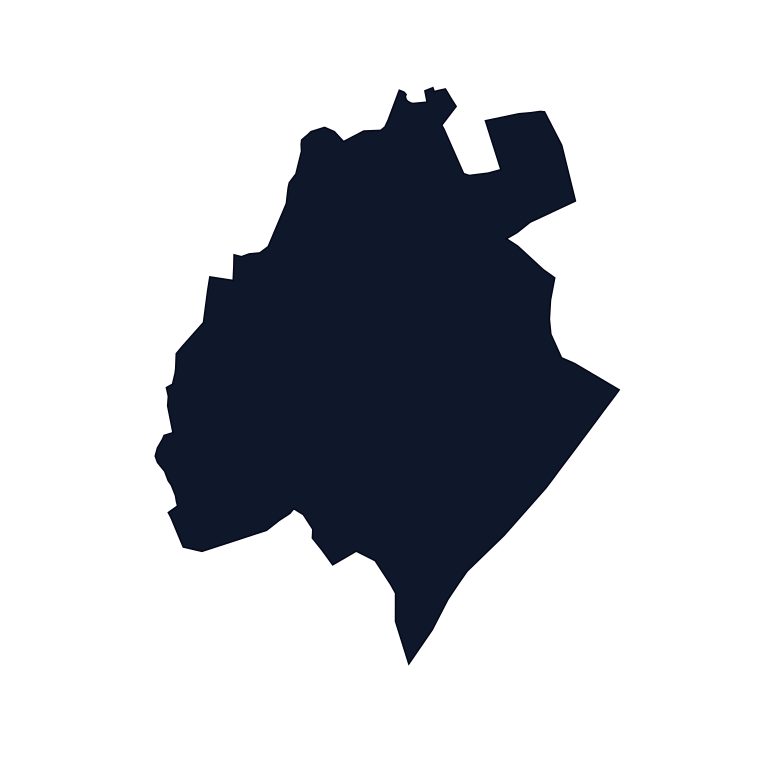 Kaita, Katsina, Nigeria, rotated 161°
{"feature_id": "59680162B53208862785263", "entity_name": "Kaita", "entity_type": "district", "adm_level": 2, "iso_a3": "NGA", "parent_name": "Nigeria", "parent_adm1": "Katsina", "projection": "natural_earth1", "projection_center": [7.748, 13.186], "detail": "fine", "context": "isolated", "style": "filled", "palette": "ink", "viewbox_px": 768, "rotation_deg": 161, "n_neighbors": 0, "source": "geoboundaries", "source_scale": "gbopen_adm2", "svg_char_len": 1947}
<svg xmlns="http://www.w3.org/2000/svg" viewBox="0 0 768 768"><g transform="rotate(161 384 384)"><path d="M451.7,111.2L418.5,135.8L393.7,159.5L378.2,171.3L366.2,180.0L319.9,201.7L264.7,233.0L255.2,239.4L248.1,244.3L243.4,247.5L236.7,252.0L229.1,257.1L221.0,262.6L215.8,266.2L211.5,269.1L201.8,275.7L191.7,282.6L183.8,288.1L183.4,288.3L182.9,288.6L182.5,288.9L182.1,289.2L181.6,289.5L181.2,289.8L180.8,290.1L180.4,290.4L179.9,290.7L177.2,292.5L170.2,297.2L166.0,300.1L163.5,301.9L197.0,341.2L207.6,351.0L210.0,376.8L206.5,391.5L199.2,409.2L188.0,428.8L196.2,440.3L212.7,470.9L221.0,481.5L209.0,483.8L193.2,489.4L143.4,494.7L141.4,516.9L138.2,551.9L143.6,589.1L147.6,590.9L156.8,592.7L168.4,595.6L202.4,599.9L203.7,548.6L207.6,548.9L216.9,549.5L223.0,550.8L235.4,553.4L240.2,557.0L244.3,605.6L245.1,609.9L225.4,623.0L228.1,634.3L228.1,634.7L229.9,643.0L237.7,643.9L241.2,644.1L241.3,647.2L241.3,648.3L249.9,647.9L251.5,636.5L264.4,639.6L265.8,640.1L267.3,641.1L269.1,643.1L270.4,645.4L270.3,648.7L268.8,650.6L269.2,651.4L269.9,653.1L270.1,653.6L270.6,653.9L271.4,654.7L273.9,656.8L294.0,632.4L299.4,626.8L304.6,624.9L320.8,629.8L343.3,626.4L348.8,638.8L356.6,646.0L370.9,646.4L374.9,644.5L377.9,643.4L382.4,641.6L384.3,637.6L386.2,631.0L398.9,611.3L408.0,605.2L410.8,600.6L417.6,586.4L448.8,551.6L458.8,548.4L469.1,550.9L477.4,550.8L483.7,555.0L487.4,544.9L492.9,531.0L513.8,542.0L520.3,529.8L534.7,500.9L562.7,485.1L570.5,480.4L575.9,466.5L577.9,462.4L584.0,452.7L590.9,451.5L591.9,442.6L595.7,433.7L599.4,406.7L608.7,407.0L611.2,404.1L619.0,397.4L623.8,390.3L623.7,383.5L619.8,372.8L619.5,362.8L618.0,357.5L617.5,346.5L618.5,340.4L618.9,335.9L629.8,332.7L628.9,326.9L626.9,295.2L610.6,285.0L542.6,283.9L527.7,289.1L515.0,292.3L510.0,295.5L502.8,286.8L498.6,269.8L501.9,261.6L496.8,247.5L491.4,229.7L464.7,235.0L449.9,219.8L443.0,192.5L441.2,182.4L450.4,155.8L451.2,128.5L451.7,111.2Z" fill="#0f172a" stroke="#020617" stroke-width="1.5"/></g></svg>